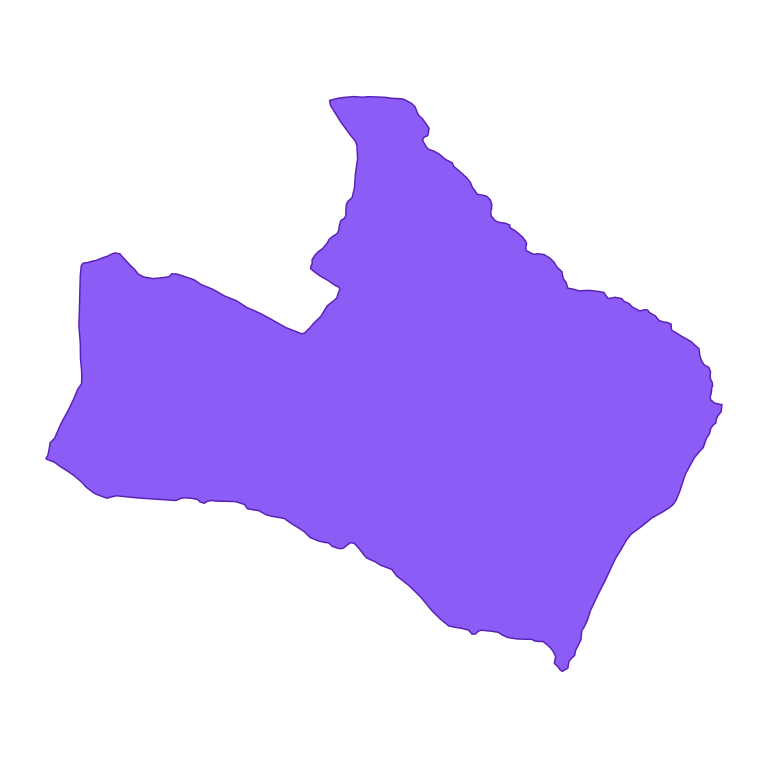 Kiruna, Norrbotten, Sweden (orthographic projection)
{"feature_id": "70781695B94600430897975", "entity_name": "Kiruna", "entity_type": "district", "adm_level": 2, "iso_a3": "SWE", "parent_name": "Sweden", "parent_adm1": "Norrbotten", "projection": "orthographic", "projection_center": [20.786, 68.216], "detail": "fine", "context": "isolated", "style": "filled", "palette": "violet", "viewbox_px": 768, "rotation_deg": 0, "n_neighbors": 0, "source": "geoboundaries", "source_scale": "gbopen_adm2", "svg_char_len": 4252}
<svg xmlns="http://www.w3.org/2000/svg" viewBox="0 0 768 768"><path d="M721.9,404.5L720.1,404.6L717.3,403.6L714.3,403.1L712.3,401.1L710.5,399.7L710.3,396.6L711.3,392.9L711.7,387.9L712.6,385.8L712.3,382.5L710.7,379.6L710.2,376.1L710.5,371.6L708.8,367.5L703.9,364.6L701.6,360.9L699.7,355.4L699.4,351.5L698.8,348.5L694.8,345.1L691.3,341.7L682.0,336.5L677.2,333.4L671.7,330.3L671.3,327.4L671.0,324.0L666.7,322.3L663.2,322.0L658.9,320.3L657.3,318.4L655.3,315.9L651.1,313.5L649.3,312.5L647.9,310.3L646.2,309.7L642.7,310.1L639.8,311.0L635.7,308.9L632.3,307.0L629.0,303.6L624.3,301.5L621.5,298.5L614.8,297.3L610.3,298.3L608.1,298.4L605.6,295.2L604.0,292.5L598.2,291.4L589.4,290.4L583.9,290.5L579.7,291.0L574.3,289.4L567.6,288.1L566.3,282.8L563.2,278.5L562.4,274.4L562.0,271.8L557.0,267.1L554.0,262.1L549.8,258.1L544.1,254.6L538.5,253.8L535.6,254.0L534.1,254.4L531.0,253.1L526.0,250.3L525.9,246.9L526.6,244.1L525.9,241.6L522.4,236.9L515.5,231.0L510.0,227.7L509.8,225.0L505.2,223.2L499.1,222.4L495.0,220.6L493.1,218.2L491.3,216.2L490.7,212.3L491.5,209.1L491.8,204.2L490.1,199.6L486.8,196.3L483.3,195.3L477.0,194.2L475.6,191.6L472.2,187.1L470.5,182.6L466.9,178.0L461.2,172.8L453.5,166.1L452.3,162.9L445.3,159.3L439.2,154.1L433.6,150.9L428.6,149.4L426.7,147.4L424.9,144.5L422.5,140.4L423.9,137.3L427.7,135.6L428.4,132.5L429.0,128.3L426.0,123.8L422.3,118.6L419.0,115.7L417.1,112.1L415.0,106.7L411.5,103.4L407.1,101.0L403.1,99.0L399.8,98.7L390.8,98.2L387.1,97.6L384.4,97.3L374.8,96.9L367.8,96.7L362.6,97.2L353.7,96.6L344.2,97.4L337.9,98.3L329.6,100.4L330.6,105.6L340.4,121.4L351.0,135.9L354.9,140.4L356.9,145.1L357.6,158.8L355.4,174.3L354.5,187.7L352.0,197.8L348.0,201.2L346.4,204.3L345.9,209.9L345.8,215.4L344.5,218.3L341.0,220.4L339.4,225.2L338.8,230.2L337.1,233.6L332.6,236.5L329.1,239.4L327.2,243.1L324.8,246.0L322.6,248.6L318.1,251.8L314.8,255.4L312.1,259.7L312.1,263.7L310.7,266.8L310.7,268.7L313.8,271.4L320.2,276.0L327.9,280.4L335.3,285.6L339.0,287.2L339.8,289.6L338.4,292.8L336.8,297.9L334.3,300.3L331.9,302.1L327.3,305.8L320.7,316.5L313.9,323.1L309.8,327.9L304.4,333.2L301.4,333.7L285.7,327.5L279.3,323.9L271.0,319.2L261.2,313.9L253.2,310.2L247.1,307.7L236.6,300.8L224.9,296.2L212.7,289.2L201.1,284.6L194.3,279.9L183.4,276.1L176.6,274.0L171.8,273.8L169.0,276.7L160.1,278.0L152.6,278.6L143.6,276.9L138.1,274.0L134.8,269.6L129.9,264.9L124.7,259.4L119.9,253.9L114.9,252.9L110.5,254.6L107.8,256.1L102.9,257.7L100.5,258.7L95.6,260.6L91.6,261.3L88.1,262.5L83.2,263.1L81.3,265.6L80.3,275.2L79.5,305.7L78.9,326.1L80.3,343.2L80.5,358.6L81.6,370.8L81.8,377.0L81.5,383.8L77.8,389.1L73.5,399.5L68.2,410.4L62.8,420.2L59.8,426.3L54.7,438.1L50.1,442.8L49.2,448.8L47.8,455.6L46.1,458.0L46.4,459.1L54.4,462.2L60.2,466.5L66.9,470.7L73.8,475.4L77.8,478.8L82.5,482.9L85.9,486.9L92.3,491.8L96.1,494.2L104.2,497.2L106.9,498.2L112.5,496.7L116.4,495.8L138.5,498.0L175.9,500.5L180.6,498.5L184.2,497.8L191.3,498.2L197.6,499.5L200.0,501.8L204.1,503.3L207.5,501.2L211.9,500.5L217.1,501.1L225.6,501.3L235.8,501.6L244.5,504.5L247.4,508.7L252.1,509.6L258.7,510.6L265.8,514.6L271.0,516.1L284.4,518.5L289.3,522.1L294.2,525.3L299.4,528.4L304.3,531.7L310.3,537.6L318.6,541.0L325.2,542.5L328.5,542.8L332.3,546.4L336.7,547.9L340.3,548.7L343.3,548.2L347.0,545.2L350.3,542.7L354.2,543.3L357.2,546.4L360.2,550.0L364.0,555.0L366.5,557.8L370.4,559.7L375.1,561.7L380.3,565.1L391.9,569.5L396.6,575.9L409.4,585.9L420.5,596.8L431.9,610.7L440.0,618.7L445.1,622.9L448.7,625.9L455.1,627.3L461.8,628.4L468.3,630.0L472.2,634.2L475.8,633.9L478.0,631.3L481.4,630.2L491.4,631.2L498.2,632.3L502.9,635.3L507.7,637.5L517.8,639.0L532.1,639.4L534.6,641.0L539.6,641.5L543.0,641.5L547.5,645.0L550.7,648.1L553.5,651.9L555.6,656.4L555.1,659.2L554.3,663.4L557.7,666.4L560.0,669.7L562.3,671.4L564.8,669.9L567.8,668.2L569.1,661.2L571.8,658.0L574.6,655.5L575.6,650.4L577.5,646.7L581.0,639.6L581.7,630.7L584.4,626.7L587.6,619.7L590.4,610.7L597.9,594.7L605.3,580.3L610.6,568.8L615.6,558.2L620.9,549.7L626.7,539.6L631.3,534.0L641.0,526.8L652.3,517.7L662.9,511.8L668.8,508.1L673.1,504.6L676.0,500.4L679.8,491.2L685.3,474.3L694.5,457.5L699.5,451.6L703.2,447.6L706.4,438.5L709.5,433.7L710.7,428.5L713.0,425.2L715.9,422.9L716.1,419.9L717.8,416.0L721.2,411.5L721.9,404.5Z" fill="#8b5cf6" stroke="#5b21b6" stroke-width="1.5"/></svg>